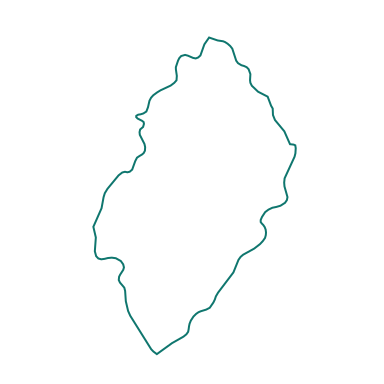 an SVG outline of Prahova, rotated 247°
{"feature_id": "ROU-310", "entity_name": "Prahova", "entity_type": "County", "adm_level": 1, "iso_a3": "ROU", "parent_name": "Romania", "parent_adm1": "", "projection": "natural_earth1", "projection_center": [26.063, 45.125], "detail": "fine", "context": "isolated", "style": "outline", "palette": "teal", "viewbox_px": 384, "rotation_deg": 247, "n_neighbors": 0, "source": "natural_earth", "source_scale": "10m", "svg_char_len": 2004}
<svg xmlns="http://www.w3.org/2000/svg" viewBox="0 0 384 384"><g transform="rotate(247 192 192)"><path d="M237.3,298.9L231.2,296.6L225.8,296.5L211.8,300.7L197.7,300.9L195.9,304.1L194.6,305.3L191.8,304.6L187.2,302.3L184.4,300.2L168.4,282.6L164.6,280.5L161.0,279.3L150.0,277.9L147.5,276.2L145.7,273.4L144.8,268.1L145.3,263.8L146.1,259.8L145.9,255.5L144.9,251.5L141.7,246.7L139.4,244.3L137.5,243.5L135.8,243.9L133.8,244.7L131.3,245.2L128.6,245.1L125.8,244.3L123.5,243.1L121.2,241.3L119.2,238.1L117.5,234.3L115.6,227.1L114.3,214.6L113.3,211.4L111.4,208.3L101.8,198.7L89.2,176.7L86.6,173.2L84.1,171.0L82.0,168.6L78.5,163.1L78.2,159.1L78.8,153.5L78.8,151.0L78.2,148.2L76.8,144.7L74.1,140.7L71.7,138.3L69.4,136.7L67.0,135.3L64.8,133.8L63.2,131.2L62.2,127.7L60.7,114.6L56.5,96.3L60.3,94.1L63.2,93.0L102.2,86.8L107.5,86.7L117.3,88.4L127.1,91.8L130.4,92.3L136.8,90.3L139.6,90.2L142.5,91.8L144.1,93.7L147.2,98.3L149.2,99.9L152.3,100.4L156.3,99.5L160.8,96.0L162.9,92.5L164.1,88.7L164.6,85.5L165.5,82.2L167.4,79.8L170.4,78.7L175.4,79.4L187.7,85.7L198.5,87.6L212.4,102.4L221.8,108.6L225.0,111.3L228.0,115.5L236.0,130.9L237.2,135.4L236.8,138.2L235.4,140.2L235.0,142.6L236.0,145.7L242.6,151.8L245.1,154.8L245.7,158.0L246.0,160.5L246.7,162.7L248.4,164.8L251.6,166.4L254.8,167.0L265.0,166.3L267.6,167.1L269.8,168.7L271.0,172.4L273.5,174.4L275.3,174.8L277.1,173.8L280.9,170.6L282.8,169.9L283.9,170.5L284.2,172.7L283.6,175.0L283.3,177.9L283.9,181.4L287.2,184.6L292.6,188.5L294.8,191.2L296.2,194.2L297.3,198.8L297.9,202.8L298.3,213.9L299.4,218.3L300.9,221.4L304.8,223.4L311.2,225.1L313.2,225.9L318.4,230.5L320.2,232.6L321.4,235.2L320.9,239.2L319.1,241.5L315.0,245.4L313.5,247.6L313.4,250.2L314.4,253.1L323.1,261.1L327.5,268.1L321.5,274.8L318.6,279.5L317.1,281.0L314.6,282.7L311.5,284.2L308.2,285.1L295.6,284.0L292.6,284.7L289.4,287.0L287.6,289.2L285.5,291.1L282.9,292.1L277.7,291.8L272.2,289.1L269.7,288.4L266.4,288.6L258.5,292.0L250.2,298.9L240.5,298.5L237.3,298.9Z" fill="none" stroke="#0f766e" stroke-width="2"/></g></svg>